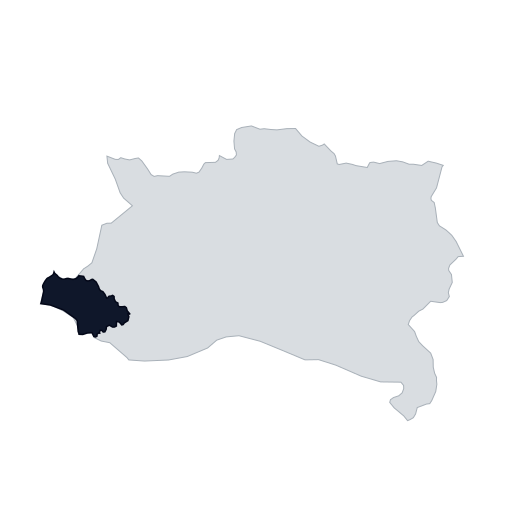 Bulgaria, with Dobrich highlighted, rotated 191°
{"feature_id": "BGR-2259", "entity_name": "Dobrich", "entity_type": "Province", "adm_level": 1, "iso_a3": "BGR", "parent_name": "Bulgaria", "parent_adm1": "", "projection": "mercator", "projection_center": [27.865, 43.673], "detail": "fine", "context": "in_parent", "style": "filled", "palette": "ink", "viewbox_px": 512, "rotation_deg": 191, "n_neighbors": 0, "source": "natural_earth", "source_scale": "10m", "svg_char_len": 3540}
<svg xmlns="http://www.w3.org/2000/svg" viewBox="0 0 512 512"><g transform="rotate(191 256 256)"><path d="M421.4,325.6L412.6,324.0L409.5,324.5L407.5,326.7L403.4,326.2L398.4,326.2L393.1,328.7L390.1,329.8L386.2,327.5L379.0,320.7L374.5,315.9L371.2,314.7L367.9,316.1L356.1,317.7L353.3,320.5L347.8,323.6L342.3,325.0L334.5,326.1L330.3,325.9L328.0,327.4L326.0,331.9L324.7,336.3L323.5,338.0L313.7,340.2L311.5,342.7L310.9,345.2L311.1,347.6L303.3,345.2L297.2,346.8L295.8,348.7L294.5,351.4L295.3,354.3L297.5,357.1L299.6,364.6L300.3,372.1L299.1,376.4L294.6,379.4L285.3,382.8L276.3,381.2L272.3,382.5L265.6,383.0L259.5,383.8L250.0,386.9L241.5,388.7L233.8,382.5L224.7,378.2L215.2,375.7L211.9,377.5L210.4,379.0L202.5,373.4L198.9,371.4L197.1,369.3L193.8,361.9L191.8,361.7L185.2,364.4L178.9,364.3L175.1,363.8L163.7,364.1L162.2,369.2L160.8,369.9L158.4,370.6L152.3,370.3L144.6,374.0L136.3,376.3L129.9,376.4L123.2,375.3L119.2,376.1L110.6,376.5L105.1,381.9L96.7,381.6L89.5,380.7L90.4,379.0L91.8,357.3L95.4,347.6L95.2,345.6L94.5,344.1L91.3,342.5L89.1,337.3L84.4,323.4L81.7,320.6L74.3,317.7L67.8,313.7L62.3,308.4L52.3,295.3L57.4,294.0L58.9,291.3L64.0,284.1L64.6,280.5L64.0,278.5L60.6,275.1L58.3,267.5L60.1,260.4L60.2,256.7L58.5,253.1L60.3,248.6L63.9,246.1L66.2,245.4L75.9,244.9L82.0,235.8L85.7,232.9L89.5,227.8L91.2,225.9L92.9,221.9L93.5,217.8L85.9,212.1L83.3,207.7L79.9,203.0L75.3,199.7L66.0,194.0L62.4,188.2L60.8,180.7L58.3,175.0L55.6,171.3L55.1,168.3L54.0,164.6L53.7,157.3L55.9,147.6L57.3,144.2L60.4,143.2L68.8,138.0L69.2,131.4L70.7,127.3L73.4,124.9L75.8,123.3L80.4,127.2L91.4,133.3L96.8,137.8L96.6,140.6L94.0,143.3L89.2,146.0L86.4,149.6L85.7,154.0L86.4,157.1L89.7,159.8L109.6,156.2L129.8,158.1L156.9,164.1L174.8,166.2L188.1,163.4L212.7,168.5L235.6,173.1L257.5,174.5L269.8,170.9L278.5,165.9L285.9,156.5L304.3,144.2L322.1,137.2L345.4,131.6L361.0,129.7L363.2,131.6L383.0,143.0L391.8,143.0L399.0,145.0L401.6,148.0L403.4,148.8L412.9,146.0L417.1,152.2L423.7,160.9L434.9,165.4L444.8,167.9L448.0,168.3L458.5,168.1L457.0,189.8L450.7,199.8L441.2,196.5L429.1,199.3L422.7,210.6L419.1,214.0L415.8,218.0L413.7,232.7L413.2,256.8L408.6,259.7L404.4,260.6L386.9,281.7L397.0,287.6L401.4,292.1L408.8,304.6L419.3,318.7L421.4,325.6Z" fill="#d9dde1" stroke="#a8b0b8" stroke-width="1"/><path d="M399.8,146.0L402.3,149.5L406.6,148.4L411.1,145.9L414.7,145.4L414.7,145.5L416.2,148.1L419.2,158.5L421.4,160.2L434.8,166.3L448.7,168.7L458.1,168.2L457.9,169.4L457.7,180.4L457.9,181.5L458.5,183.1L459.2,184.2L459.6,185.2L459.7,186.5L459.1,188.8L458.1,191.6L456.9,194.0L455.9,195.0L455.2,195.4L452.2,198.3L451.6,199.1L451.3,200.3L451.2,201.8L450.3,200.6L447.4,199.0L446.8,198.4L446.0,197.6L444.4,196.9L441.4,196.3L439.9,196.6L437.4,197.9L436.2,198.2L432.0,198.0L430.7,198.2L428.2,199.6L426.4,202.1L426.1,202.9L425.9,202.8L423.6,203.0L421.3,203.1L420.0,201.3L418.2,199.5L416.1,199.4L414.2,200.3L413.1,201.5L411.8,202.0L408.0,200.0L404.8,196.0L403.6,193.8L401.9,192.3L399.5,191.8L396.9,189.4L394.6,186.1L393.6,186.5L392.9,188.2L391.7,188.8L390.4,189.0L389.9,189.6L389.2,190.0L387.6,189.2L387.1,187.0L385.2,184.3L382.6,183.5L381.9,181.0L380.4,180.1L377.8,180.6L375.2,181.4L373.4,180.5L372.0,177.7L368.4,174.7L369.6,175.0L370.8,174.6L369.2,172.1L369.4,168.1L372.5,165.2L373.3,163.4L374.6,162.7L377.6,165.1L380.5,165.1L379.7,160.6L381.3,159.3L383.3,158.9L386.7,160.1L389.3,158.2L389.1,155.4L389.9,152.7L391.5,152.2L393.0,153.5L394.9,153.2L395.1,151.4L394.7,150.4L395.9,150.3L397.1,149.0L396.8,147.0L398.0,145.9L399.7,146.0L399.8,146.0Z" fill="#0f172a" stroke="#020617" stroke-width="1.5"/></g></svg>